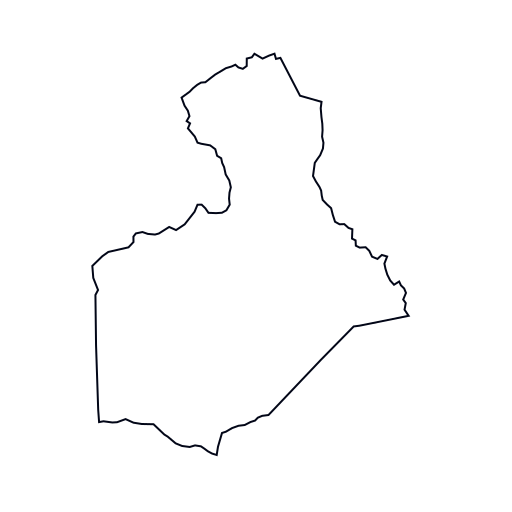 the district of Wenceslau Braz, Paraná, Brazil, rotated 189°
{"feature_id": "56859067B89117717047367", "entity_name": "Wenceslau Braz", "entity_type": "district", "adm_level": 2, "iso_a3": "BRA", "parent_name": "Brazil", "parent_adm1": "Paraná", "projection": "robinson", "projection_center": [-49.79, -23.87], "detail": "fine", "context": "isolated", "style": "outline", "palette": "ink", "viewbox_px": 512, "rotation_deg": 189, "n_neighbors": 0, "source": "geoboundaries", "source_scale": "gbopen_adm2", "svg_char_len": 1971}
<svg xmlns="http://www.w3.org/2000/svg" viewBox="0 0 512 512"><g transform="rotate(189 256 256)"><path d="M262.9,455.5L267.1,453.8L269.4,458.7L274.4,456.0L280.4,452.0L289.2,455.5L291.2,451.6L296.0,449.6L294.9,442.2L298.3,438.8L302.9,439.5L306.3,441.7L309.7,439.4L315.1,436.8L324.7,428.8L328.4,424.9L333.2,419.7L337.4,418.7L340.8,415.9L344.4,411.9L347.3,407.8L354.3,400.8L350.1,393.3L346.0,388.8L343.6,383.7L345.6,378.4L341.9,376.7L343.2,371.4L335.1,364.4L331.5,358.8L327.7,358.3L318.6,358.1L312.9,355.1L310.1,348.9L305.7,347.1L303.9,342.5L301.4,338.8L298.7,331.8L294.2,326.4L291.6,319.9L292.1,314.5L291.6,308.4L290.0,302.6L292.4,296.5L296.4,293.4L302.1,292.1L309.7,291.2L313.5,295.2L317.7,298.2L321.8,297.5L323.6,290.1L331.4,276.1L339.0,269.1L346.3,271.1L355.5,263.0L359.1,261.4L366.3,260.9L371.9,261.9L378.2,259.5L380.1,256.0L379.2,250.6L383.3,244.6L402.5,236.9L407.7,231.8L416.1,220.6L413.3,208.9L406.7,197.7L408.5,192.4L400.0,142.7L387.8,79.4L385.0,67.4L380.8,68.9L371.8,69.1L367.2,70.1L359.3,74.5L350.9,72.2L342.6,72.2L330.9,73.8L318.6,65.3L315.0,63.8L306.1,58.4L299.3,56.8L291.6,57.0L286.6,59.4L280.6,59.4L276.8,57.6L273.0,55.6L268.5,54.0L263.7,53.3L263.7,61.7L261.9,75.9L258.3,77.7L252.7,82.3L246.7,85.6L240.7,87.3L235.4,91.2L231.2,93.3L228.9,96.6L224.9,99.1L218.8,100.9L175.6,163.7L148.5,201.7L143.0,203.3L95.9,220.8L100.9,226.2L100.7,232.9L103.8,236.0L102.1,243.0L104.6,247.1L108.3,249.7L110.6,253.2L115.2,249.2L119.6,252.8L123.4,258.1L126.2,263.8L128.0,268.6L126.4,276.0L131.9,276.7L135.6,272.1L141.3,273.5L144.9,278.8L149.1,281.8L154.9,280.5L159.0,281.8L160.1,287.0L163.9,288.2L165.0,297.5L169.0,298.2L173.8,301.3L178.4,300.4L183.3,302.2L186.6,308.7L189.3,315.0L193.9,318.0L198.9,321.8L200.5,325.9L201.9,330.8L204.1,334.1L208.5,339.0L212.2,343.9L212.5,357.2L210.4,361.6L208.4,365.6L206.7,372.6L207.1,378.4L209.4,384.2L209.9,390.5L211.2,397.0L213.1,403.5L215.2,412.1L215.4,418.5L237.6,421.2L262.9,455.5Z" fill="none" stroke="#020617" stroke-width="2"/></g></svg>